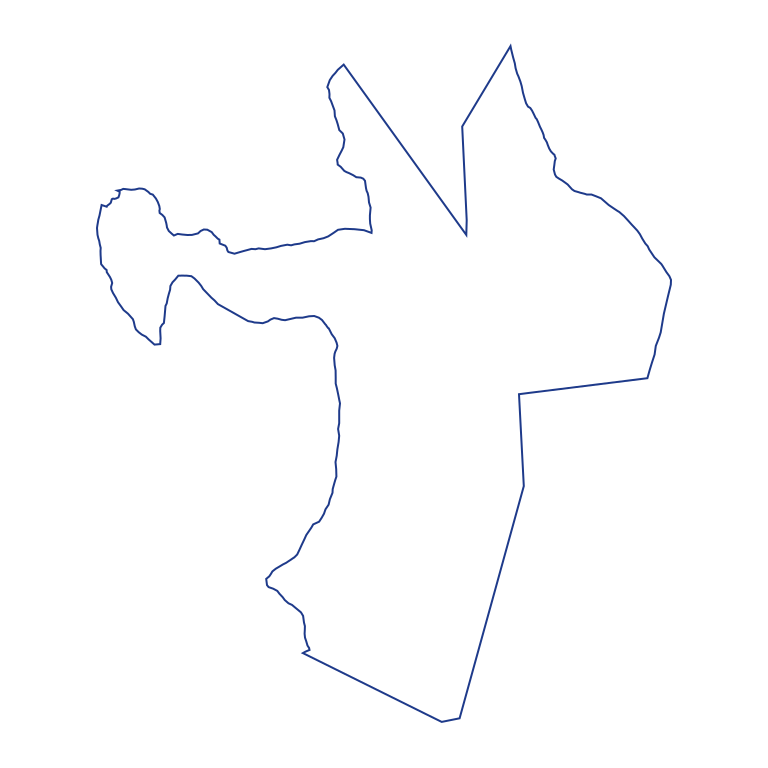 the district of San Miguel Piedras, Oaxaca, Mexico
{"feature_id": "50627088B74444100420384", "entity_name": "San Miguel Piedras", "entity_type": "district", "adm_level": 2, "iso_a3": "MEX", "parent_name": "Mexico", "parent_adm1": "Oaxaca", "projection": "robinson", "projection_center": [-97.237, 16.979], "detail": "fine", "context": "isolated", "style": "outline", "palette": "blue", "viewbox_px": 768, "rotation_deg": 0, "n_neighbors": 0, "source": "geoboundaries", "source_scale": "gbopen_adm2", "svg_char_len": 4910}
<svg xmlns="http://www.w3.org/2000/svg" viewBox="0 0 768 768"><path d="M459.6,718.3L490.6,606.3L523.8,486.1L519.0,394.2L529.9,392.8L647.4,378.2L649.7,370.0L651.9,362.8L654.6,354.5L655.8,345.9L659.0,337.7L660.7,332.4L663.9,313.6L667.8,297.0L670.8,284.7L671.0,279.9L669.4,276.2L666.4,272.1L662.4,265.6L661.3,264.0L654.4,257.3L651.0,252.2L649.2,249.5L647.7,246.2L645.3,243.5L642.2,238.5L639.9,234.2L637.3,230.6L634.8,227.9L631.6,224.5L628.4,220.9L624.0,216.1L619.3,212.0L617.6,211.0L614.0,208.6L608.7,205.0L605.6,202.3L601.0,198.3L596.1,196.3L591.4,194.5L586.7,194.5L584.6,193.8L580.2,192.7L578.7,192.2L577.3,191.8L574.5,191.0L572.0,189.3L569.3,186.3L567.7,184.5L565.4,182.8L562.2,180.5L558.8,178.5L556.3,176.8L555.0,174.5L553.7,169.5L554.3,165.2L554.8,161.1L555.7,158.4L554.7,155.8L554.4,154.7L553.2,153.8L550.9,151.4L549.2,148.5L547.7,144.8L546.9,142.4L545.3,139.6L544.1,137.9L543.6,135.0L542.7,132.5L541.3,129.4L540.0,126.8L539.1,124.6L538.0,121.9L536.7,119.1L535.6,117.9L533.9,114.3L532.1,110.7L530.3,108.0L528.0,106.6L526.1,103.3L524.8,99.1L523.0,92.8L521.7,86.1L520.4,81.6L518.4,76.3L517.2,73.7L515.6,68.2L514.8,63.3L513.1,57.3L511.2,49.6L510.5,46.1L462.2,126.5L466.7,220.2L466.3,234.9L343.7,64.6L337.8,69.8L335.4,72.9L332.6,75.9L329.8,80.1L327.3,87.1L329.0,90.0L329.5,94.1L329.4,97.8L331.1,101.2L334.5,110.4L334.9,116.3L336.4,120.0L337.7,124.1L339.3,130.1L342.8,133.5L344.5,139.5L343.3,147.2L341.7,150.6L339.5,154.8L337.1,159.8L337.6,163.0L337.7,164.6L340.7,166.8L342.0,168.3L344.3,170.9L346.5,172.1L349.0,173.1L353.2,175.2L356.3,177.2L360.8,177.6L363.3,178.7L365.0,180.8L365.5,184.5L366.0,188.1L366.6,190.8L367.7,193.2L368.5,196.8L369.0,202.4L370.6,207.6L369.9,215.4L369.9,219.1L370.2,223.6L371.7,230.3L371.5,232.9L364.0,230.2L354.6,229.2L344.9,228.8L338.0,229.8L333.4,233.0L328.2,236.4L323.6,238.2L318.1,239.4L314.1,241.2L311.0,241.1L304.9,242.1L299.6,243.7L294.4,244.4L291.1,245.3L287.3,244.7L281.0,245.9L276.4,247.3L271.1,248.4L265.0,249.2L261.8,248.8L258.7,248.4L255.4,249.2L251.5,248.9L247.5,250.0L244.1,250.9L240.2,252.0L234.5,253.7L228.4,252.0L227.4,250.5L226.7,247.7L225.3,245.7L219.7,243.5L219.4,239.6L217.8,238.7L215.4,236.3L213.7,234.8L211.7,232.1L207.3,229.7L203.8,229.5L200.6,231.0L198.0,233.4L192.0,234.9L187.4,235.0L182.1,234.5L177.7,233.9L173.9,235.5L172.1,234.0L168.8,231.0L167.0,227.5L166.7,225.4L166.2,222.9L164.6,217.4L162.3,214.9L159.7,213.0L159.4,210.7L159.8,209.0L159.3,206.0L157.8,202.0L155.9,198.5L152.8,194.6L150.2,193.8L148.3,191.9L144.7,189.3L142.2,188.7L139.1,188.5L134.9,189.5L131.2,189.8L125.4,189.1L123.2,188.9L121.1,189.9L117.3,190.6L117.5,190.7L118.3,191.1L118.9,190.7L119.6,190.4L119.7,191.0L119.6,193.4L119.1,195.5L118.4,197.4L116.0,198.5L114.3,198.9L113.0,198.6L111.8,199.2L110.8,202.7L109.5,204.0L108.0,205.1L107.1,205.8L106.7,206.7L101.9,205.1L101.6,205.0L99.5,215.5L98.3,219.8L98.0,221.8L97.4,225.2L97.0,228.0L97.5,234.8L98.3,238.2L99.2,240.9L99.8,244.4L100.7,247.9L100.5,250.9L100.6,255.2L100.7,256.7L101.1,264.0L101.4,264.5L103.0,266.4L104.6,268.4L106.6,270.0L106.8,272.2L108.2,274.3L110.0,277.1L111.3,279.8L112.2,283.0L111.1,286.8L111.3,289.3L113.0,293.0L115.9,297.8L118.0,302.2L121.2,306.6L123.6,310.1L128.0,313.7L132.9,319.2L133.8,321.8L134.8,326.4L135.9,329.4L136.7,330.2L138.7,332.2L141.8,334.6L145.9,336.7L148.6,339.4L154.5,344.6L160.2,344.1L160.6,338.4L160.2,331.0L160.3,327.7L162.1,324.7L163.9,323.0L164.6,316.4L165.1,310.6L165.5,305.9L166.7,303.5L167.7,298.2L168.9,293.7L170.1,289.7L170.4,286.0L172.5,282.3L175.1,279.6L178.3,275.7L182.3,275.6L187.0,275.7L191.4,276.2L194.5,278.5L198.6,282.6L201.2,285.9L203.2,289.2L206.1,292.2L211.4,297.7L214.5,300.4L217.9,304.1L248.1,321.1L252.1,321.8L254.4,322.5L259.2,322.8L262.7,323.2L267.9,321.4L270.4,319.6L274.0,318.1L277.7,318.7L281.7,319.8L285.1,320.2L295.9,317.7L302.4,317.7L309.0,316.3L314.2,316.0L318.9,317.7L322.0,320.0L325.3,324.3L326.0,325.0L326.8,326.3L328.2,328.1L328.7,328.3L329.5,329.8L331.7,334.2L334.7,338.2L336.6,342.7L337.4,345.9L336.7,348.7L335.3,351.6L334.6,353.8L334.1,357.9L334.7,365.3L335.6,370.4L335.7,377.6L335.7,383.6L336.9,388.3L338.2,394.5L339.4,400.6L340.0,403.4L339.2,410.6L339.2,414.6L339.2,423.2L338.1,429.0L339.2,435.8L338.6,442.0L337.4,449.2L336.7,455.9L335.5,462.1L336.2,469.2L336.4,476.6L335.2,480.2L334.3,483.3L332.7,489.1L332.5,492.8L329.9,499.2L328.6,504.7L325.5,509.3L324.0,513.7L321.6,517.9L319.1,521.7L313.2,524.4L311.3,527.7L306.3,535.0L304.4,539.2L301.5,545.3L299.5,549.7L297.2,554.5L294.5,557.2L286.0,562.9L283.0,564.4L279.7,566.4L275.8,568.7L272.4,571.4L270.8,574.1L269.3,576.3L266.2,578.9L267.0,585.1L268.6,587.1L273.2,588.7L277.3,590.9L279.4,593.7L282.7,597.2L284.8,600.1L288.5,603.3L292.0,604.9L295.1,607.5L301.0,612.4L303.1,615.9L304.0,622.6L304.9,626.1L304.8,629.9L304.6,633.7L305.0,637.6L306.3,641.5L307.5,645.6L309.1,648.0L309.5,650.0L306.5,651.2L305.0,651.9L302.9,653.1L425.9,714.1L441.7,721.9L459.6,718.3Z" fill="none" stroke="#1e3a8a" stroke-width="2"/></svg>